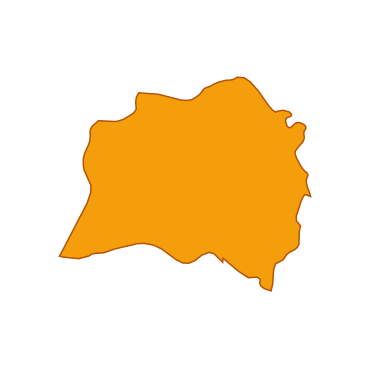 the border of Bình Phước, rotated 212°
{"feature_id": "VNM-484", "entity_name": "Bình Phước", "entity_type": "Province", "adm_level": 1, "iso_a3": "VNM", "parent_name": "Vietnam", "parent_adm1": "", "projection": "orthographic", "projection_center": [106.812, 11.797], "detail": "fine", "context": "isolated", "style": "filled", "palette": "amber", "viewbox_px": 384, "rotation_deg": 212, "n_neighbors": 0, "source": "natural_earth", "source_scale": "10m", "svg_char_len": 1927}
<svg xmlns="http://www.w3.org/2000/svg" viewBox="0 0 384 384"><g transform="rotate(212 192 192)"><path d="M187.7,127.6L196.5,126.6L205.3,123.1L211.0,119.2L227.2,102.9L234.7,93.6L241.0,89.1L243.9,86.5L245.5,83.1L252.5,75.6L266.5,68.6L270.3,67.4L270.5,70.0L275.0,126.9L277.6,137.9L281.1,144.0L294.6,153.1L298.3,157.0L301.7,162.5L303.5,167.8L305.1,179.0L306.6,183.1L308.5,186.5L310.6,189.4L311.4,191.8L311.5,194.7L309.1,202.9L294.2,211.2L291.8,213.5L288.6,217.3L284.0,226.4L283.1,230.1L283.3,233.0L286.9,237.6L288.5,240.8L289.5,243.2L289.7,247.9L272.0,257.2L249.8,264.2L244.8,267.0L241.2,270.0L239.2,273.9L237.8,277.1L237.0,280.1L236.7,284.4L236.4,286.2L235.5,287.7L232.5,291.5L230.0,296.1L227.5,299.4L222.6,304.6L218.7,307.3L216.8,309.2L215.9,310.5L214.9,312.7L213.4,313.9L208.1,316.6L200.5,316.2L189.0,312.7L171.7,305.4L166.8,304.1L163.6,304.0L162.5,305.5L160.5,307.5L157.8,309.7L152.1,311.4L149.4,311.0L148.2,309.8L148.6,308.1L150.9,305.3L151.1,303.6L150.1,301.5L146.5,298.4L144.2,297.9L142.5,298.9L141.8,301.3L141.2,304.2L139.8,306.5L137.2,308.0L132.6,308.5L130.4,307.9L129.2,306.3L129.0,302.6L128.2,300.9L125.7,297.8L124.9,295.7L124.6,293.4L124.8,291.3L125.6,287.3L126.0,282.5L125.9,280.7L124.3,278.6L121.6,276.4L114.7,272.3L111.1,270.6L107.8,269.6L104.8,269.1L103.4,268.5L102.6,267.6L102.3,266.7L101.8,263.9L101.0,262.0L99.1,259.6L96.5,257.1L93.1,254.6L89.1,251.1L91.7,250.5L92.8,250.3L94.1,249.9L95.1,249.2L95.2,246.2L94.5,241.6L90.8,226.8L88.2,222.9L82.1,220.8L80.1,215.4L73.6,204.3L73.4,200.5L74.6,197.1L76.6,193.9L78.3,190.4L78.6,188.4L78.7,183.8L79.0,182.2L82.5,176.4L83.1,175.8L81.8,169.8L74.8,156.6L72.9,151.0L72.5,150.1L78.1,148.6L80.9,148.4L84.0,148.9L86.1,150.4L87.1,152.5L88.3,154.2L91.5,154.4L98.8,149.2L110.1,149.4L130.6,152.2L128.7,148.6L140.5,151.3L145.5,149.9L150.2,143.7L152.9,135.8L156.8,130.1L162.2,126.9L166.7,126.5L169.6,126.2L187.7,127.6Z" fill="#f59e0b" stroke="#b45309" stroke-width="1.5"/></g></svg>